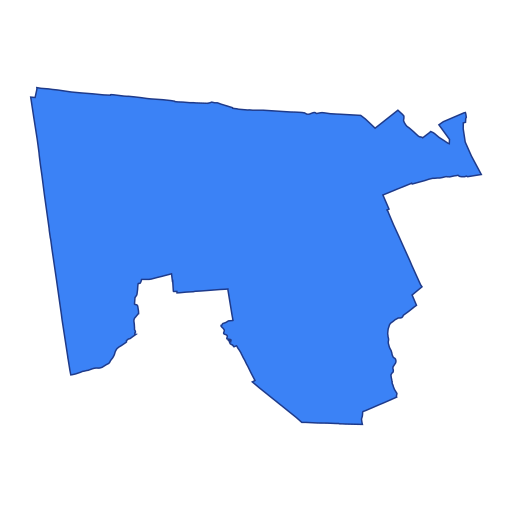 Ganeasa, Olt, Romania (Mercator projection)
{"feature_id": "2599482B6587162691160", "entity_name": "Ganeasa", "entity_type": "district", "adm_level": 2, "iso_a3": "ROU", "parent_name": "Romania", "parent_adm1": "Olt", "projection": "mercator", "projection_center": [24.248, 44.418], "detail": "fine", "context": "isolated", "style": "filled", "palette": "blue", "viewbox_px": 512, "rotation_deg": 0, "n_neighbors": 0, "source": "geoboundaries", "source_scale": "gbopen_adm2", "svg_char_len": 6008}
<svg xmlns="http://www.w3.org/2000/svg" viewBox="0 0 512 512"><path d="M396.7,397.1L396.4,396.3L396.9,393.8L396.9,393.4L394.5,389.5L393.4,386.8L393.0,385.2L392.5,384.2L392.2,383.4L392.1,382.5L392.2,381.7L391.8,380.7L391.7,379.5L391.3,377.8L391.0,375.7L391.0,374.7L392.1,372.9L392.7,372.5L393.1,372.0L393.2,371.4L393.3,370.7L393.3,370.1L393.2,369.5L392.9,368.8L392.9,368.2L392.9,367.6L393.1,366.9L393.2,366.4L393.7,365.9L394.3,364.9L395.5,363.1L395.7,362.5L395.9,361.9L395.9,360.6L395.5,359.1L394.8,358.3L394.1,357.9L393.5,357.5L393.0,356.8L392.2,354.9L392.0,354.0L391.8,352.9L391.1,350.6L390.4,349.3L389.8,348.2L389.3,346.9L388.6,344.3L388.3,343.2L388.3,342.1L388.3,341.3L388.5,340.6L388.6,339.6L388.5,338.6L388.0,336.5L387.9,335.0L387.7,334.3L387.7,333.3L387.9,331.0L388.1,329.4L388.3,328.5L389.4,325.2L389.5,324.7L389.9,324.2L390.5,323.3L391.0,322.9L393.2,321.3L395.1,319.7L395.7,319.4L397.2,318.6L397.6,318.3L398.3,318.0L400.2,317.9L400.8,317.9L401.3,317.7L401.9,317.5L402.5,316.9L403.0,316.1L403.3,315.3L408.8,311.3L413.9,307.2L416.5,305.3L412.1,295.0L422.0,286.8L420.6,284.8L411.8,265.4L409.6,260.2L402.4,244.3L399.1,236.9L393.4,224.5L388.3,212.4L388.0,211.5L387.0,210.0L389.0,209.1L382.9,195.0L397.9,188.8L409.3,184.2L411.7,183.2L412.2,184.0L424.7,180.6L428.9,179.2L432.7,178.3L434.5,178.3L437.2,178.0L439.7,178.0L442.4,177.5L445.5,176.7L446.6,176.6L447.3,176.8L448.8,176.8L449.7,176.9L454.2,175.9L456.5,175.6L457.7,175.3L458.3,175.4L459.3,176.3L460.2,176.5L461.4,176.7L464.0,176.7L464.7,176.7L466.4,176.1L467.6,176.7L481.3,174.5L471.4,156.0L465.2,142.0L463.2,128.8L463.3,122.9L465.5,122.3L465.5,122.0L465.6,121.0L465.7,118.9L465.7,118.5L466.3,117.3L465.8,113.9L465.5,113.1L465.4,112.6L465.2,112.7L464.4,112.7L463.8,112.9L443.3,121.7L438.9,124.8L449.5,139.4L449.3,143.7L447.9,143.2L444.2,140.7L438.9,137.3L434.5,133.5L433.1,132.6L430.7,131.5L429.4,132.7L422.7,137.8L422.3,137.4L420.6,136.9L419.8,136.9L419.2,136.6L418.2,136.0L415.6,133.6L413.7,131.8L409.3,128.0L406.9,126.3L405.9,125.1L404.6,123.1L403.8,121.4L403.6,121.0L403.6,119.9L403.9,118.2L403.9,116.3L403.8,115.9L402.4,114.3L399.1,111.3L397.9,110.2L375.1,128.2L365.3,118.9L360.7,115.4L339.8,114.2L337.0,114.1L331.9,113.8L330.2,113.7L326.1,113.1L324.7,112.9L322.1,112.6L320.3,112.8L317.3,113.4L316.6,113.5L316.3,113.4L315.1,112.6L314.5,112.5L313.6,112.6L312.5,112.9L309.1,114.2L307.5,114.2L306.9,114.2L304.4,112.8L303.5,112.8L303.0,112.6L300.8,112.4L295.0,112.1L290.7,112.0L263.0,110.2L252.6,110.2L249.6,109.9L247.6,110.0L244.3,109.7L238.5,109.2L237.7,109.0L236.9,108.8L232.7,108.3L232.6,107.8L232.3,107.6L220.9,104.1L217.7,102.9L217.0,102.8L215.8,102.8L214.7,102.8L211.7,102.1L210.1,102.7L209.1,103.0L208.1,103.1L208.0,103.3L207.5,103.3L195.4,102.9L193.8,102.7L190.0,102.7L183.0,102.1L177.7,101.9L174.9,101.6L174.6,101.2L171.1,100.6L162.8,99.7L150.8,98.9L147.0,98.5L140.7,97.6L134.6,96.9L128.8,96.3L126.9,96.3L124.1,96.1L113.6,94.8L111.2,94.6L110.6,94.7L110.5,95.2L103.6,94.9L92.6,93.8L81.0,92.9L71.3,92.0L57.8,90.0L52.0,89.4L48.7,88.9L40.8,88.3L36.8,87.6L36.8,87.8L37.0,88.2L36.7,90.1L35.1,97.5L30.7,97.1L33.6,116.3L37.2,139.2L37.8,143.6L39.0,152.6L39.3,155.9L40.5,165.5L41.9,175.2L44.4,194.7L49.1,228.4L49.3,230.8L49.4,231.4L50.3,237.7L50.7,239.5L51.9,248.6L56.4,279.3L59.8,303.3L61.4,314.5L61.7,316.9L62.1,320.0L67.7,356.4L67.9,358.1L68.1,359.0L69.9,370.3L70.8,374.9L72.2,374.7L75.7,373.9L80.7,372.2L82.5,371.4L84.3,371.1L86.3,370.6L87.3,370.4L87.9,370.4L92.3,368.8L94.1,368.3L96.1,368.0L98.7,368.1L99.8,368.0L101.5,367.5L102.1,367.3L106.4,364.6L108.6,363.5L109.5,362.6L110.6,360.5L112.7,357.8L113.4,356.6L114.2,355.0L114.6,353.9L115.0,352.4L115.5,351.1L116.5,349.3L117.1,348.5L117.6,348.1L119.1,346.9L121.5,345.5L126.0,342.4L126.5,341.9L126.4,340.7L128.5,338.9L129.4,338.8L130.2,338.5L132.9,336.5L136.0,334.3L134.8,334.1L134.8,333.9L134.8,333.3L134.8,333.0L134.9,332.7L135.3,332.4L135.4,332.2L135.5,332.0L135.3,331.4L135.3,331.2L135.1,330.7L134.5,329.6L134.5,329.4L134.5,327.5L134.4,326.1L134.3,324.2L133.9,321.3L133.9,319.9L134.2,319.1L134.6,318.1L135.0,317.6L135.6,317.0L136.8,315.5L137.8,314.4L138.4,313.5L138.6,313.5L138.5,311.1L137.8,306.6L137.5,305.6L137.0,305.0L136.3,304.7L135.2,304.5L134.5,304.0L135.0,297.4L135.4,297.1L136.7,295.1L137.0,294.1L137.6,289.4L137.7,287.4L137.9,285.0L138.1,283.9L138.2,283.6L138.4,283.4L139.5,283.4L139.9,283.3L140.2,283.1L140.6,282.4L141.3,280.7L141.5,279.5L141.7,279.4L149.1,279.4L150.2,279.2L151.1,279.1L157.1,277.5L162.1,276.3L163.9,275.8L169.3,274.4L171.5,273.8L171.7,275.2L172.4,281.0L172.7,280.8L173.1,287.3L173.3,290.6L173.4,291.3L173.7,291.5L176.9,291.4L177.0,292.9L180.3,292.7L186.1,292.1L193.4,291.7L195.1,291.3L200.7,291.0L207.3,290.5L212.3,290.1L220.1,289.5L225.8,289.2L227.9,289.0L227.9,289.7L231.9,314.3L232.9,319.8L233.0,320.4L232.9,320.5L228.4,320.9L226.0,322.4L223.9,323.2L223.1,323.4L222.6,323.8L222.3,324.2L222.1,324.8L221.8,325.1L221.1,325.3L221.0,326.0L222.0,327.3L223.0,328.2L223.9,329.4L224.3,330.0L224.3,330.3L224.2,331.2L223.6,333.0L223.7,333.5L224.0,333.9L224.3,334.1L226.2,334.8L226.9,335.3L227.2,335.7L227.3,336.1L227.3,336.6L226.8,338.3L226.8,338.6L226.9,338.8L228.6,339.2L230.4,339.5L230.8,339.7L231.0,340.0L231.0,340.4L230.9,340.7L228.7,340.0L228.4,339.9L228.2,340.0L228.3,340.3L229.7,340.8L230.6,341.2L230.7,341.3L230.7,341.6L229.1,341.0L229.7,342.6L230.2,343.6L230.3,343.8L230.9,344.2L232.0,344.8L232.4,345.1L232.6,345.0L233.4,346.0L233.8,346.5L233.7,346.6L233.8,346.7L234.0,346.8L234.3,346.6L236.5,345.8L236.9,346.3L237.9,348.2L239.2,350.0L240.8,352.6L241.3,353.8L242.0,355.1L243.2,357.6L244.7,360.2L246.6,364.2L247.7,366.1L251.0,372.9L253.3,377.3L255.0,380.5L252.3,381.9L259.4,387.9L296.3,417.5L301.8,422.4L305.9,422.4L317.9,423.0L326.8,423.1L327.3,423.1L335.9,423.5L338.7,423.5L339.3,423.8L343.5,423.9L344.3,424.0L362.4,424.4L362.1,423.2L361.8,421.5L361.5,419.2L361.6,418.6L362.3,416.3L362.5,414.8L362.6,413.4L362.6,412.5L362.7,412.1L363.1,411.5L365.8,410.5L379.2,404.7L383.1,403.1L393.8,398.4L396.7,397.1Z" fill="#3b82f6" stroke="#1e3a8a" stroke-width="1.5"/></svg>